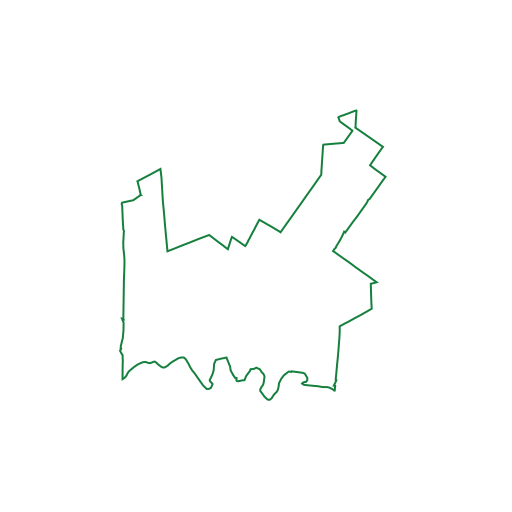 the district of Branesti, Ilfov, Romania, rotated 304°
{"feature_id": "2599482B5534804098776", "entity_name": "Branesti", "entity_type": "district", "adm_level": 2, "iso_a3": "ROU", "parent_name": "Romania", "parent_adm1": "Ilfov", "projection": "natural_earth1", "projection_center": [26.368, 44.46], "detail": "fine", "context": "isolated", "style": "outline", "palette": "green", "viewbox_px": 512, "rotation_deg": 304, "n_neighbors": 0, "source": "geoboundaries", "source_scale": "gbopen_adm2", "svg_char_len": 5986}
<svg xmlns="http://www.w3.org/2000/svg" viewBox="0 0 512 512"><g transform="rotate(304 256 256)"><path d="M274.7,128.1L269.3,125.3L264.3,122.7L251.7,115.9L251.1,116.6L250.5,117.3L250.0,117.9L249.2,118.7L248.5,119.5L247.9,120.2L246.5,121.8L245.5,122.8L244.8,123.5L242.5,126.0L242.3,126.2L242.2,126.3L242.0,126.2L242.0,126.3L241.9,126.2L241.5,126.1L239.9,125.5L238.7,125.0L237.8,124.6L237.0,124.4L235.7,123.9L234.9,123.5L234.3,123.4L233.7,123.1L233.2,122.7L232.9,122.4L232.7,122.2L231.9,121.4L230.8,120.4L229.0,118.6L228.6,118.3L228.4,118.0L227.7,117.4L225.9,115.7L225.7,115.5L225.4,115.2L225.1,115.1L224.7,115.3L223.9,115.7L223.6,115.9L223.2,116.4L222.9,116.8L222.5,117.2L222.1,117.5L220.5,118.7L218.5,120.1L217.7,120.7L216.8,121.4L213.5,123.8L212.1,124.8L211.3,125.5L210.5,126.0L209.5,126.8L208.7,127.4L206.9,128.8L206.2,129.4L204.0,131.0L203.8,131.2L203.6,131.4L203.4,131.7L203.1,132.2L202.8,132.6L202.3,132.9L201.8,133.2L201.6,133.2L200.0,134.2L197.7,135.6L195.0,137.2L193.2,138.2L193.1,138.3L188.3,141.7L187.4,142.4L186.5,143.2L185.4,144.2L183.9,145.4L183.1,146.1L180.6,148.1L180.2,148.4L179.1,149.2L178.7,149.5L177.3,150.4L174.9,152.0L168.6,156.0L165.8,157.7L163.2,159.3L130.1,180.9L129.5,181.6L129.1,180.0L126.6,183.6L121.2,187.1L120.3,187.7L113.6,191.4L106.8,193.9L106.6,193.9L104.9,194.7L103.9,195.8L103.6,195.7L103.5,196.2L103.2,196.2L102.5,196.2L101.5,196.2L100.4,198.1L100.2,198.5L100.0,199.0L99.8,199.4L99.5,199.9L99.5,200.1L99.3,200.6L99.1,201.0L98.7,201.2L97.5,202.0L95.3,203.7L95.0,204.0L93.3,205.0L92.8,205.3L91.1,206.4L86.2,209.6L79.3,214.2L80.3,214.7L81.2,215.0L82.3,215.3L84.3,215.5L87.2,215.1L89.0,215.1L91.4,215.7L95.5,216.9L97.4,217.6L98.9,218.2L100.4,218.8L104.7,221.6L106.4,223.7L107.1,226.4L108.0,228.2L111.1,230.3L111.3,230.4L111.8,231.1L111.9,232.4L111.4,235.3L111.2,238.5L111.2,239.3L111.4,240.7L111.6,241.4L112.6,242.6L115.6,244.1L118.6,244.7L121.7,245.9L125.2,247.6L127.6,248.7L128.7,249.5L129.7,250.5L130.3,251.1L131.5,253.0L131.4,254.0L131.3,254.9L130.8,256.3L128.6,260.9L128.2,261.6L127.2,263.2L125.4,267.2L124.7,269.8L123.5,273.1L120.9,279.7L120.2,281.7L119.1,284.5L118.2,289.5L119.6,291.4L121.6,292.4L125.6,291.6L126.6,287.6L127.5,286.9L129.0,286.8L133.5,286.1L137.6,284.8L143.2,281.6L147.4,280.9L151.3,284.4L155.3,288.3L151.7,293.6L149.7,296.5L147.0,298.9L145.7,301.4L144.5,303.9L144.3,304.0L144.1,304.9L143.3,306.5L143.9,307.9L143.9,308.2L143.5,308.2L143.0,308.7L142.3,308.9L141.7,310.0L142.1,311.1L142.8,311.9L145.6,314.5L146.5,315.9L147.7,315.7L150.7,315.0L154.4,315.1L156.2,315.2L157.6,315.2L159.1,314.8L161.2,317.4L163.6,318.7L164.2,322.6L162.8,325.8L162.6,327.3L161.8,329.3L160.6,330.6L155.8,333.0L153.2,333.9L150.5,333.8L147.9,334.1L146.5,335.0L145.7,337.4L144.2,341.5L143.5,345.4L143.5,345.5L143.6,346.3L144.5,347.8L146.8,348.5L151.2,348.4L155.4,349.2L157.9,348.8L161.4,347.3L163.3,346.2L168.3,345.6L172.6,345.8L178.1,347.6L178.8,348.1L179.7,350.2L180.3,350.1L181.3,352.0L185.3,360.1L185.6,361.3L185.7,362.2L185.2,363.5L183.5,366.8L181.9,367.9L179.6,367.9L178.7,366.7L177.0,365.6L176.0,365.5L176.0,367.7L177.4,370.5L180.9,377.0L182.6,380.0L184.3,383.9L185.1,385.3L187.1,388.2L187.9,390.3L188.4,394.2L188.2,396.3L187.8,396.9L192.7,394.2L192.6,393.9L192.1,393.0L196.4,392.4L198.0,392.1L197.9,391.3L202.5,388.8L211.4,383.9L217.9,380.4L221.0,378.7L230.9,373.1L235.3,370.6L239.8,367.9L244.5,364.7L247.2,366.1L249.8,367.4L252.5,369.0L260.8,373.2L263.3,374.6L267.2,376.6L269.9,377.9L272.6,379.3L273.9,379.9L276.0,380.9L277.0,381.4L283.1,376.8L295.5,367.9L296.5,367.2L297.2,366.7L298.9,368.3L301.7,370.7L301.8,367.7L301.8,366.7L302.0,361.9L302.1,359.8L302.1,356.2L302.2,351.7L302.2,350.6L302.3,349.0L302.4,343.8L302.7,339.3L302.8,336.0L302.9,328.3L303.0,325.8L303.0,324.7L303.1,321.0L303.2,320.0L303.2,317.1L305.5,317.1L306.0,317.2L307.3,317.5L308.1,317.4L308.9,317.1L310.6,317.1L314.6,316.9L318.5,316.6L319.8,316.4L321.4,316.2L322.8,316.0L325.5,315.5L325.4,316.9L338.6,317.3L344.6,317.7L360.1,318.1L363.5,318.0L364.6,317.6L365.5,317.7L366.8,318.3L381.3,318.7L389.6,318.9L394.1,319.1L394.2,317.5L394.3,313.5L394.4,311.1L394.5,307.8L394.6,305.5L394.8,302.6L395.0,299.8L405.8,299.9L411.1,300.0L415.8,300.1L417.5,300.2L418.0,266.6L418.4,266.6L419.2,266.0L423.1,263.6L426.2,261.8L430.7,259.2L432.7,258.0L432.7,257.7L430.6,256.1L425.1,252.3L419.4,248.1L418.8,247.7L417.4,246.8L417.1,246.8L416.9,246.8L416.8,247.0L416.5,247.5L414.8,249.7L414.6,250.0L414.5,250.5L414.4,250.9L414.3,254.3L414.1,260.7L414.1,261.0L414.0,263.2L413.9,263.5L413.9,265.7L413.8,265.8L413.7,265.9L412.2,265.9L410.1,265.8L408.7,265.8L406.3,265.7L405.6,265.7L404.9,265.7L402.3,265.6L398.8,265.5L391.2,256.0L386.4,250.1L386.0,249.6L385.8,249.6L385.6,249.6L385.4,249.7L369.4,259.0L364.4,261.9L363.5,262.4L361.1,263.9L360.3,264.4L359.7,264.7L357.6,264.6L346.1,264.4L330.6,264.0L327.6,264.0L320.0,263.8L316.9,263.7L315.9,263.7L314.9,263.7L313.0,263.6L312.3,263.6L311.0,263.6L306.0,263.5L305.8,263.5L305.5,263.5L305.1,263.5L303.9,263.4L301.7,263.4L300.9,263.3L300.6,263.3L297.8,263.3L295.2,263.2L294.4,263.2L294.1,263.2L293.7,263.2L292.1,263.1L291.1,263.1L289.4,263.1L289.4,262.8L289.4,262.0L289.4,261.1L289.4,260.7L289.3,259.8L289.3,259.2L289.2,257.8L289.1,255.4L289.0,253.8L288.9,252.2L288.9,251.3L288.8,250.5L288.7,249.6L288.5,246.9L288.4,245.4L288.3,243.7L288.2,242.6L287.9,238.5L281.0,239.2L276.6,239.8L273.9,240.0L272.0,240.2L265.4,241.0L264.9,240.9L264.3,241.0L264.0,241.1L263.7,241.2L263.3,241.2L261.8,241.4L261.1,241.4L260.1,241.5L259.0,241.5L258.2,241.5L258.2,240.9L258.2,240.3L258.2,239.2L258.3,235.6L258.4,229.7L258.4,225.4L256.8,225.7L251.7,227.2L250.0,227.7L247.9,228.3L245.9,228.9L246.0,226.4L246.1,225.3L246.1,224.7L246.3,223.2L246.5,217.9L246.6,215.7L247.0,209.4L247.2,205.4L241.0,201.0L239.9,200.2L234.4,196.4L233.3,195.7L233.2,195.6L230.4,193.7L229.0,192.8L227.4,191.6L221.6,187.6L218.0,185.2L210.4,180.0L212.9,177.9L220.6,171.6L224.7,168.2L230.7,163.3L240.2,155.7L247.1,150.0L250.3,147.4L268.0,133.9L274.7,128.1Z" fill="none" stroke="#15803d" stroke-width="2"/></g></svg>